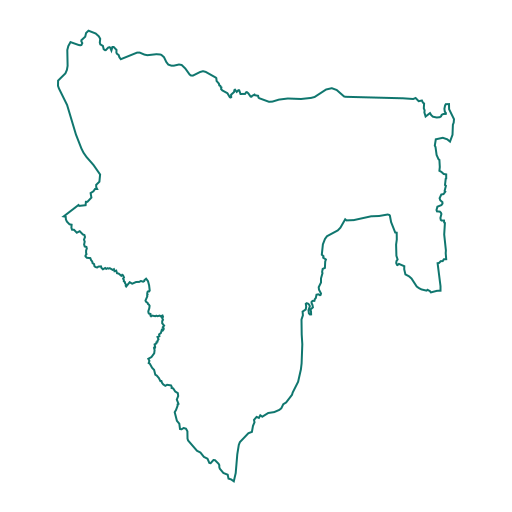 Bueng Na Rang, Phichit, Thailand
{"feature_id": "78962969B60737271692218", "entity_name": "Bueng Na Rang", "entity_type": "district", "adm_level": 2, "iso_a3": "THA", "parent_name": "Thailand", "parent_adm1": "Phichit", "projection": "equal_earth", "projection_center": [100.12, 16.173], "detail": "fine", "context": "isolated", "style": "outline", "palette": "teal", "viewbox_px": 512, "rotation_deg": 0, "n_neighbors": 0, "source": "geoboundaries", "source_scale": "gbopen_adm2", "svg_char_len": 5933}
<svg xmlns="http://www.w3.org/2000/svg" viewBox="0 0 512 512"><path d="M207.5,458.7L209.3,462.9L210.6,463.2L213.5,460.0L215.0,460.2L218.6,463.8L219.3,465.2L219.3,467.1L219.8,468.7L223.4,473.0L227.7,474.7L228.5,478.6L231.1,479.4L233.8,481.3L235.7,473.1L237.3,454.2L238.8,444.9L239.9,442.1L248.4,433.2L251.9,431.9L253.0,425.8L254.5,422.3L254.0,419.9L256.6,416.9L258.9,417.9L260.3,415.3L262.3,416.7L268.2,413.0L274.2,412.1L279.3,409.9L281.3,408.3L283.3,404.2L286.1,402.5L292.0,394.8L292.7,392.5L298.1,381.8L300.9,369.4L301.6,363.4L302.3,344.3L301.7,334.5L301.5,319.5L302.9,315.3L302.6,311.6L305.7,309.5L306.2,306.8L305.8,303.8L306.7,303.2L308.3,303.8L309.6,305.4L309.8,306.5L308.5,310.1L308.9,313.4L310.0,314.5L311.1,314.4L311.0,311.4L310.4,309.6L312.9,307.4L312.5,305.1L311.5,302.9L311.6,301.8L312.6,300.9L314.4,300.9L314.8,299.2L315.8,298.0L316.5,294.7L318.3,294.3L320.0,295.2L320.6,294.9L321.0,293.5L319.0,289.7L318.7,287.2L321.0,282.5L321.0,278.4L322.5,273.1L322.1,272.0L322.7,268.9L324.9,267.9L325.2,261.6L325.9,259.5L323.2,257.7L323.5,256.2L321.8,254.7L322.9,244.3L325.0,238.9L327.0,236.2L337.8,230.4L340.4,227.7L345.2,219.3L346.5,220.4L353.8,220.1L371.1,216.3L379.1,216.0L387.7,214.5L389.4,215.0L389.9,215.7L391.1,222.1L395.2,232.5L396.7,232.7L396.8,239.5L396.1,244.6L396.4,255.8L397.6,259.5L396.5,261.0L396.2,263.0L397.0,264.9L397.5,265.1L398.9,263.9L404.3,266.2L404.2,269.2L405.4,274.4L409.0,276.3L411.5,278.5L416.7,286.5L418.9,288.1L421.4,289.4L425.5,290.4L426.6,290.6L427.5,289.8L429.9,291.1L430.9,292.4L437.0,290.8L440.5,290.7L440.5,286.2L437.6,263.2L439.1,262.9L440.7,261.2L442.7,261.1L443.8,259.3L446.2,259.2L445.7,253.1L445.9,250.5L444.2,234.5L444.9,223.0L444.2,222.5L444.0,220.5L441.5,220.5L440.8,219.9L440.4,218.0L441.4,214.0L440.9,212.7L439.8,211.6L437.0,211.4L436.5,210.0L437.4,206.7L441.4,205.1L442.5,203.6L442.4,202.1L440.3,200.3L439.6,198.2L441.3,194.5L443.5,194.1L445.3,191.7L444.6,191.0L445.9,185.8L445.0,185.0L445.7,178.8L446.2,178.5L446.2,174.4L443.7,174.0L441.4,171.9L439.4,170.8L439.8,167.0L439.4,159.9L438.5,159.2L436.6,155.0L435.5,147.0L434.8,145.6L435.8,139.3L442.8,137.8L447.2,139.3L450.0,141.6L452.5,134.8L452.9,124.7L453.7,122.6L454.0,119.2L449.1,109.2L449.0,104.1L445.8,104.2L445.1,105.4L444.4,108.8L444.8,111.6L445.9,113.1L445.8,113.9L443.4,114.0L441.7,114.8L441.0,116.4L439.7,117.2L436.7,117.5L432.9,116.7L431.2,115.1L430.0,113.1L425.6,116.5L424.4,112.5L424.6,110.3L423.8,108.3L424.1,103.5L422.9,102.6L421.9,100.5L418.7,101.2L415.6,98.0L413.2,99.0L403.1,98.3L345.6,96.8L344.1,96.5L336.7,90.0L331.8,88.2L326.1,89.5L314.6,97.0L311.1,97.9L301.0,99.0L287.8,98.5L279.0,99.6L272.4,101.6L269.0,101.8L259.2,98.2L258.5,97.6L258.1,95.8L254.8,95.2L254.5,94.6L252.1,95.9L251.5,96.7L250.6,96.6L248.3,93.3L246.8,92.1L246.1,92.3L245.1,93.9L240.5,94.0L239.2,90.3L238.4,90.2L236.7,91.9L235.0,89.7L234.4,90.1L234.0,92.1L231.1,94.7L231.2,97.2L230.5,97.5L229.8,97.2L227.4,93.2L222.3,90.4L221.1,89.1L221.4,87.4L220.7,87.0L220.3,85.8L219.3,85.4L218.9,83.6L216.6,81.0L216.3,78.1L215.8,77.6L205.7,71.9L203.0,71.2L200.1,72.0L192.9,75.6L190.9,75.5L189.6,74.5L185.3,68.5L181.7,65.0L179.0,64.5L173.7,65.7L171.5,65.7L168.3,64.6L166.3,62.0L164.0,57.2L161.4,54.9L160.2,54.5L156.5,54.2L147.4,55.2L144.4,54.6L139.7,52.6L137.1,52.6L120.8,59.2L119.4,57.3L118.7,55.1L116.8,53.6L116.4,52.5L116.5,49.9L113.7,47.0L112.4,47.0L111.4,50.5L110.2,47.6L109.5,47.2L108.2,47.6L105.8,50.1L105.1,50.2L103.7,49.2L102.9,45.9L100.3,44.4L99.8,42.6L100.2,38.8L98.8,36.3L95.7,33.5L88.5,30.7L86.1,33.0L85.2,36.7L81.4,40.2L81.3,41.2L82.3,43.1L81.4,45.0L80.2,45.3L78.4,44.9L70.5,42.1L68.3,46.1L67.3,50.0L67.6,65.9L66.9,69.9L65.4,73.4L58.1,80.6L58.0,85.8L58.9,88.4L67.1,105.0L75.9,134.4L81.4,148.5L83.5,152.7L86.5,157.0L93.5,165.0L100.1,174.5L99.4,181.7L96.2,184.8L96.2,187.2L97.1,189.0L95.0,189.0L93.4,191.3L90.6,193.1L91.4,197.6L87.4,201.8L85.9,201.8L85.6,205.2L79.2,205.9L78.5,205.0L63.7,216.4L65.7,216.8L65.9,219.4L66.9,221.6L69.5,224.3L71.6,224.7L71.4,227.7L72.0,229.7L74.0,229.8L76.8,232.7L79.7,231.2L82.9,234.5L84.4,235.0L85.0,237.0L84.0,239.6L84.7,241.7L84.1,244.5L84.7,246.5L86.4,246.9L86.8,248.5L86.1,250.5L86.1,253.1L86.5,254.1L85.5,255.5L85.5,256.4L86.9,257.8L90.3,258.1L91.1,260.2L92.2,261.5L92.6,263.2L94.1,264.1L94.4,266.1L95.4,267.0L97.1,267.5L98.4,266.6L101.0,266.4L101.4,267.8L102.9,269.3L105.2,268.0L106.2,268.9L107.6,268.2L108.6,268.6L109.8,268.2L112.7,269.9L113.9,269.2L114.5,271.2L116.2,270.6L117.0,273.2L118.7,273.6L121.3,275.8L122.2,274.8L123.0,275.3L124.0,277.5L123.1,278.7L123.9,280.1L123.8,281.3L124.9,282.1L125.0,283.1L126.0,284.6L125.7,285.8L126.2,286.5L129.7,282.2L132.2,283.7L136.1,282.0L139.2,281.9L140.9,281.0L143.1,281.7L144.2,281.1L144.4,280.2L146.1,278.7L148.0,281.2L149.1,285.3L149.7,290.5L149.2,291.4L148.2,291.3L147.5,292.0L147.2,293.7L147.6,294.5L147.1,295.1L147.3,296.3L145.5,300.5L145.9,301.6L147.7,303.0L148.0,304.0L148.9,304.6L149.6,305.8L149.3,308.2L148.3,311.3L148.5,312.9L149.1,313.7L150.4,313.9L150.5,315.7L151.1,316.3L152.1,315.6L155.3,316.2L156.3,315.7L157.5,316.2L159.7,315.6L161.2,316.7L161.6,315.9L162.5,315.5L163.0,316.7L162.3,318.5L163.0,319.8L162.2,321.1L162.2,323.3L164.1,325.6L162.8,327.2L163.7,328.3L163.6,329.4L162.9,330.3L162.3,329.4L161.9,329.5L160.9,333.0L159.1,334.4L159.4,336.3L157.5,337.0L158.5,339.3L157.5,340.7L157.5,341.7L156.4,342.3L156.4,343.4L154.6,344.4L155.2,347.1L154.9,347.8L154.3,347.4L154.0,347.8L154.6,350.2L154.2,353.3L151.4,357.1L148.3,358.8L149.4,360.8L148.7,363.1L149.8,363.7L152.1,367.8L154.1,369.9L155.3,374.7L156.8,375.6L158.9,378.1L160.4,381.1L161.4,381.0L162.0,382.8L163.2,384.4L165.3,385.8L167.1,384.8L171.0,385.4L171.7,386.7L171.6,388.0L173.2,388.4L175.2,391.5L177.8,393.1L178.2,396.0L176.8,399.6L178.5,403.9L177.6,404.4L177.6,405.7L176.0,410.0L174.7,412.2L176.9,420.8L179.3,423.7L180.0,429.0L181.5,429.3L183.7,428.0L186.0,428.7L187.4,431.3L187.5,438.6L188.1,440.5L197.0,450.8L200.4,452.5L203.9,456.9L207.5,458.7Z" fill="none" stroke="#0f766e" stroke-width="2"/></svg>